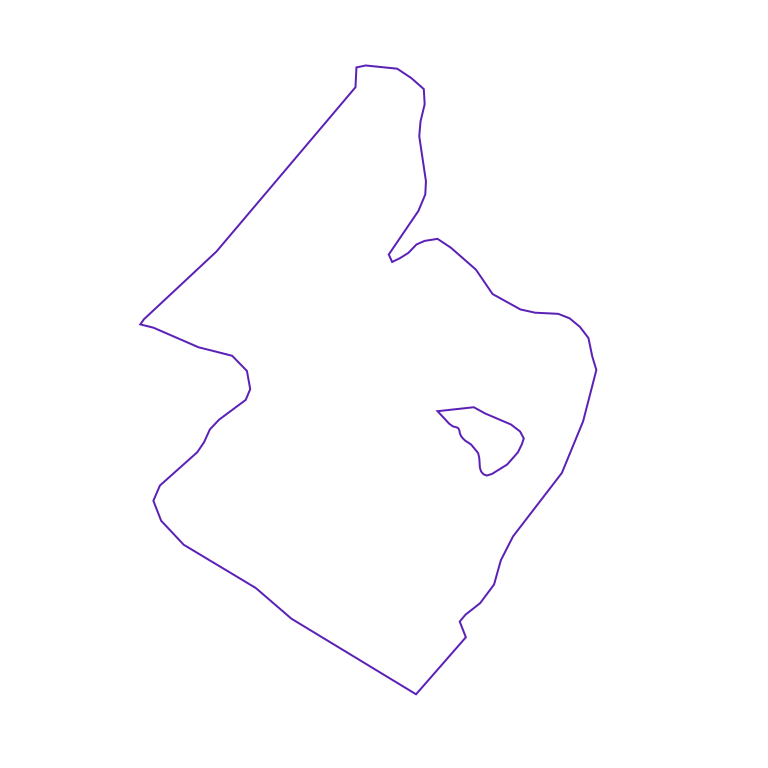 an SVG outline of Tunapuna/Piarco, rotated 310°
{"feature_id": "TTO-61", "entity_name": "Tunapuna/Piarco", "entity_type": "Region", "adm_level": 1, "iso_a3": "TTO", "parent_name": "Trinidad and Tobago", "parent_adm1": "", "projection": "mercator", "projection_center": [-61.281, 10.685], "detail": "fine", "context": "isolated", "style": "outline", "palette": "violet", "viewbox_px": 768, "rotation_deg": 310, "n_neighbors": 0, "source": "natural_earth", "source_scale": "10m", "svg_char_len": 1223}
<svg xmlns="http://www.w3.org/2000/svg" viewBox="0 0 768 768"><g transform="rotate(310 384 384)"><path d="M273.0,159.0L279.4,158.5L377.7,170.5L593.0,171.4L608.8,159.4L616.2,165.2L634.0,191.4L635.9,208.2L635.5,224.9L624.5,235.3L608.6,243.2L596.5,251.7L566.2,285.9L555.7,293.8L538.8,299.1L486.3,304.4L482.7,311.8L490.6,315.3L500.1,318.4L511.8,319.2L519.7,323.1L529.6,331.7L531.4,347.5L530.7,380.9L522.7,409.4L528.8,440.6L535.8,454.0L549.7,472.3L553.6,483.9L553.7,497.3L550.6,511.1L539.0,525.8L531.2,537.7L483.4,560.5L430.3,577.4L350.2,580.8L324.1,586.8L301.1,597.2L277.9,598.5L259.8,594.7L250.7,594.7L242.6,609.5L166.9,608.0L144.7,464.0L145.3,417.0L132.1,334.0L136.0,301.2L146.3,282.4L162.2,277.6L211.7,284.8L223.6,283.6L237.3,279.8L250.8,280.6L282.9,288.3L294.1,284.8L305.9,270.6L308.0,249.5L292.9,218.3L278.9,171.1L273.0,159.0ZM417.8,530.5L426.6,528.3L432.2,526.0L435.1,518.7L434.6,507.3L426.5,480.7L423.9,467.7L397.6,442.5L395.5,459.4L395.8,464.0L397.3,467.0L397.9,469.3L396.9,471.6L395.2,473.5L393.7,476.4L393.0,479.4L392.8,482.9L393.3,486.4L393.6,489.8L391.6,500.5L388.6,504.5L381.6,511.2L379.4,514.6L378.8,518.2L379.9,521.5L384.4,524.5L401.5,530.1L417.8,530.5Z" fill="none" stroke="#5b21b6" stroke-width="2"/></g></svg>